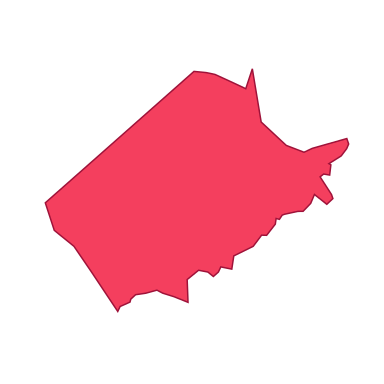 the district of Santa María Totolapilla, Oaxaca, Mexico, rotated 105°
{"feature_id": "50627088B43192699457410", "entity_name": "Santa María Totolapilla", "entity_type": "district", "adm_level": 2, "iso_a3": "MEX", "parent_name": "Mexico", "parent_adm1": "Oaxaca", "projection": "robinson", "projection_center": [-95.615, 16.626], "detail": "fine", "context": "isolated", "style": "filled", "palette": "rose", "viewbox_px": 384, "rotation_deg": 105, "n_neighbors": 0, "source": "geoboundaries", "source_scale": "gbopen_adm2", "svg_char_len": 886}
<svg xmlns="http://www.w3.org/2000/svg" viewBox="0 0 384 384"><g transform="rotate(105 192 192)"><path d="M100.3,56.3L118.7,87.1L124.6,94.1L122.6,113.0L106.5,143.3L57.4,165.6L78.3,166.8L74.7,187.1L74.0,191.3L72.5,200.2L72.7,204.7L73.0,209.3L75.0,221.3L178.0,289.5L190.8,298.0L227.0,322.0L240.4,330.9L264.7,315.1L275.0,292.0L294.4,269.4L326.6,232.8L321.2,231.8L314.4,223.4L311.4,223.4L305.8,219.9L301.8,210.6L295.9,200.5L297.3,194.1L297.8,182.2L299.6,167.3L277.8,174.0L265.9,165.4L265.2,156.0L268.1,149.5L262.5,145.8L256.9,144.8L256.2,133.6L242.9,135.1L228.6,118.8L215.7,113.6L214.5,108.7L201.5,103.2L195.8,103.9L195.8,100.5L191.0,98.9L189.5,96.8L183.3,84.7L181.9,79.7L172.3,74.4L162.7,73.1L169.0,58.6L161.9,54.2L158.3,56.6L144.2,72.2L140.6,69.5L140.0,63.4L129.8,64.9L129.2,67.1L118.5,57.2L110.1,53.8L105.1,53.1L100.3,56.3Z" fill="#f43f5e" stroke="#9f1239" stroke-width="1.5"/></g></svg>